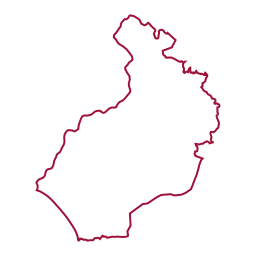 Coahuayana, Michoacán, Mexico (Albers equal-area conic projection)
{"feature_id": "50627088B63268830739579", "entity_name": "Coahuayana", "entity_type": "district", "adm_level": 2, "iso_a3": "MEX", "parent_name": "Mexico", "parent_adm1": "Michoacán", "projection": "albers", "projection_center": [-103.604, 18.758], "detail": "fine", "context": "isolated", "style": "outline", "palette": "rose", "viewbox_px": 256, "rotation_deg": 0, "n_neighbors": 0, "source": "geoboundaries", "source_scale": "gbopen_adm2", "svg_char_len": 5737}
<svg xmlns="http://www.w3.org/2000/svg" viewBox="0 0 256 256"><path d="M161.6,29.7L159.9,30.1L159.3,30.6L158.8,31.5L159.0,32.7L159.0,33.7L158.6,35.2L158.3,38.0L157.8,38.4L157.1,38.5L156.2,38.5L155.7,38.3L155.0,37.2L154.8,36.1L154.5,35.4L154.1,34.9L153.9,34.1L154.4,32.3L155.0,31.5L155.4,30.4L155.2,30.0L154.5,28.9L153.7,28.4L152.5,27.2L149.8,24.4L148.8,23.1L148.5,22.9L148.0,22.8L147.1,23.9L145.1,25.2L144.6,25.3L143.9,25.1L143.3,24.6L141.4,23.8L140.4,21.8L140.0,20.5L139.5,19.9L138.1,18.7L134.3,16.3L133.0,15.9L131.0,15.6L130.9,15.4L130.4,15.4L129.9,15.5L129.4,15.9L129.0,16.3L128.1,18.0L127.6,18.5L126.5,19.1L125.6,19.4L125.1,19.3L124.7,19.1L123.4,20.6L122.0,22.0L121.3,23.1L121.0,23.8L120.6,26.4L120.3,27.0L120.0,27.5L119.5,27.8L116.1,32.9L114.8,34.1L114.0,35.2L113.8,37.1L114.4,38.0L115.9,39.4L117.1,41.6L118.8,43.8L119.7,44.3L121.0,45.0L121.8,45.7L123.2,46.5L126.6,49.3L129.8,53.3L130.4,54.3L131.4,55.3L132.3,57.5L132.5,59.4L132.1,60.1L131.2,61.0L130.1,61.7L129.0,62.6L127.6,64.8L125.2,67.4L125.3,68.3L125.2,68.9L125.5,69.8L125.9,70.3L127.4,73.2L128.5,74.7L129.5,76.3L129.8,79.5L128.9,83.3L128.8,84.9L129.5,87.9L129.9,88.7L130.2,89.7L130.3,91.4L130.1,92.1L124.7,98.7L123.2,100.1L122.5,100.7L119.6,102.0L118.6,102.9L117.0,105.2L116.5,106.2L116.3,107.1L115.8,107.3L115.2,107.3L114.9,107.5L114.3,107.6L111.7,107.5L110.2,108.1L109.2,108.6L105.7,111.7L104.6,112.5L103.4,112.9L101.6,112.1L101.0,111.3L99.6,110.7L97.0,110.9L94.6,111.8L92.2,114.0L91.0,114.6L88.4,115.4L87.2,115.6L84.4,115.5L83.4,115.7L82.1,116.6L81.3,118.1L80.2,120.9L78.8,124.8L78.5,127.0L78.3,129.0L75.0,131.3L73.5,131.1L72.5,130.5L70.8,130.4L69.6,130.1L68.7,130.1L67.6,130.4L67.0,131.1L66.5,131.4L64.8,134.0L64.3,136.3L64.2,138.3L64.5,141.0L64.3,142.7L63.9,144.3L62.4,147.0L61.0,150.0L60.0,151.9L59.3,152.6L57.4,153.9L56.7,154.8L56.4,156.3L54.1,161.1L53.8,163.2L53.1,165.8L51.8,168.1L49.8,168.9L48.0,169.2L46.4,170.4L45.7,172.0L44.9,175.5L44.0,176.7L42.9,177.8L39.4,179.2L38.1,180.2L37.7,180.8L36.7,181.8L36.5,182.7L37.3,184.7L37.8,186.6L37.5,187.7L37.3,189.2L36.8,190.1L37.2,190.2L37.4,190.5L39.8,191.3L41.4,192.1L42.3,192.8L43.1,193.1L44.9,194.2L45.3,194.6L45.9,194.9L46.2,195.3L46.9,195.7L47.5,196.3L47.8,196.3L48.7,197.1L51.1,199.3L52.0,200.3L52.7,200.9L53.4,201.6L53.4,201.9L53.7,202.2L54.9,203.3L56.6,205.4L57.5,206.3L58.2,207.2L58.9,207.8L59.4,208.5L60.8,210.0L63.3,213.2L64.3,214.2L64.7,214.8L66.5,217.1L69.2,220.9L73.1,226.8L75.1,230.2L77.0,234.5L77.6,236.5L78.1,240.0L78.5,240.5L79.0,240.4L79.9,239.5L79.8,238.7L80.4,238.5L81.7,239.1L82.5,239.0L83.5,239.8L84.7,239.6L85.1,239.8L86.0,239.7L86.5,240.1L87.0,240.1L87.4,240.6L88.0,240.6L88.6,240.4L91.0,240.2L92.8,240.3L93.2,240.1L93.6,239.6L94.3,238.5L95.5,238.0L96.6,238.2L97.2,237.8L97.9,237.7L98.5,238.2L99.1,238.2L99.9,238.8L100.0,239.0L100.3,238.8L100.5,238.2L102.5,235.7L103.6,236.5L104.1,236.6L104.2,236.8L104.9,236.5L105.7,236.5L106.8,237.4L107.1,237.8L112.2,236.7L115.0,236.9L117.2,236.6L122.2,237.0L123.9,236.9L125.9,236.8L127.9,236.0L128.1,235.4L127.4,231.4L130.6,225.5L129.9,213.5L142.7,204.1L147.6,203.4L156.8,197.2L161.2,195.0L164.1,194.7L170.8,194.2L172.7,194.9L174.5,195.4L176.4,195.3L178.8,194.9L180.9,194.8L183.6,193.8L186.4,192.4L191.2,189.0L191.4,187.7L192.0,186.9L194.1,181.1L196.5,175.2L198.0,170.2L199.5,164.3L201.2,160.1L202.6,158.5L201.9,158.3L195.7,156.0L195.7,155.5L195.1,155.3L194.8,154.7L194.6,153.5L194.8,153.2L195.1,151.5L197.1,151.3L197.2,151.1L197.2,150.6L197.6,149.3L197.5,147.2L196.9,146.7L196.7,146.4L196.8,145.8L196.6,145.4L196.1,145.5L195.6,143.9L199.3,144.4L199.7,144.4L201.8,143.6L203.0,143.7L205.0,142.1L205.8,141.9L206.6,141.5L206.8,141.3L207.6,141.5L209.0,142.4L209.5,142.9L209.6,143.3L211.0,143.0L211.9,142.3L212.4,142.3L213.5,142.8L212.9,142.2L211.5,141.8L211.4,141.7L210.9,139.2L211.1,138.4L211.5,137.5L211.5,137.0L210.5,134.1L210.4,133.1L210.9,132.0L212.5,132.0L213.5,132.3L214.0,131.8L215.0,131.3L217.1,128.5L217.9,128.2L218.3,127.7L219.0,122.8L216.7,117.1L216.7,115.4L217.7,114.7L217.8,114.4L217.9,113.8L217.9,113.2L217.3,111.9L217.6,110.7L217.3,109.2L217.4,107.4L218.9,107.0L219.4,106.1L219.5,105.6L219.4,105.2L218.9,104.4L218.7,104.2L217.7,104.1L216.9,103.3L216.6,103.3L215.5,103.8L215.0,103.8L214.6,103.5L214.4,103.1L214.4,102.5L215.2,101.5L215.5,100.9L215.5,100.1L215.2,99.5L214.4,99.0L213.2,98.6L212.2,98.6L211.8,98.4L211.3,96.7L210.5,95.6L208.4,94.4L207.5,93.8L207.2,93.4L206.7,92.2L206.4,91.9L205.3,91.6L204.6,91.2L203.9,90.6L203.6,90.5L202.6,88.9L202.2,88.4L201.9,88.0L201.8,87.5L201.3,87.1L201.9,86.4L202.4,86.4L202.3,85.4L202.6,85.1L202.7,83.5L202.5,83.2L203.0,83.0L204.3,82.2L205.3,81.2L205.5,80.0L205.7,79.6L205.9,78.5L206.2,77.7L207.0,76.7L207.3,75.8L207.2,74.9L206.4,74.8L206.2,73.7L205.2,72.8L204.8,73.7L205.5,75.0L204.5,75.1L203.9,74.9L203.1,74.2L202.0,74.0L201.2,73.7L200.8,74.1L200.4,73.8L199.6,73.7L198.3,73.1L197.4,73.1L196.3,70.9L195.9,71.1L195.3,72.3L194.8,73.1L193.4,73.4L193.2,72.5L191.0,72.8L190.4,72.5L190.6,71.2L190.3,70.7L190.2,69.9L189.6,69.8L189.9,68.9L190.2,68.7L190.4,68.3L190.3,67.7L189.7,68.0L188.8,69.1L188.1,72.1L187.1,71.6L185.9,72.0L184.6,72.9L184.3,72.6L183.8,72.5L183.6,72.2L183.4,71.7L183.4,71.4L183.9,71.2L184.0,70.4L183.8,69.7L184.0,69.1L184.0,68.6L183.4,67.5L183.4,67.2L183.0,67.0L183.2,65.9L183.0,64.7L183.0,64.4L183.5,63.1L184.2,62.3L184.9,61.7L184.7,61.7L183.3,62.6L183.3,62.4L182.7,62.3L182.7,62.0L181.9,61.3L181.4,61.2L180.2,61.9L178.8,61.4L177.0,60.4L176.3,59.8L175.1,59.4L174.1,58.7L172.5,58.1L171.7,57.6L171.0,57.5L169.1,57.6L168.3,57.5L167.8,57.8L166.8,57.4L166.0,57.7L165.7,57.5L165.4,56.5L164.9,55.8L163.9,55.4L163.0,54.0L162.8,50.7L171.8,47.4L175.6,40.1L167.7,33.0L167.6,33.3L167.1,33.7L165.9,33.4L165.5,33.0L164.0,31.8L163.7,30.8L163.2,30.4L161.6,29.7Z" fill="none" stroke="#9f1239" stroke-width="2"/></svg>